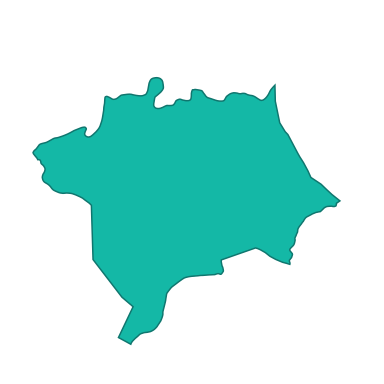 San Antonio del Norte, La Paz, Honduras (Natural Earth projection), rotated 249°
{"feature_id": "27666195B2585232862225", "entity_name": "San Antonio del Norte", "entity_type": "district", "adm_level": 2, "iso_a3": "HND", "parent_name": "Honduras", "parent_adm1": "La Paz", "projection": "natural_earth1", "projection_center": [-87.706, 13.889], "detail": "fine", "context": "isolated", "style": "filled", "palette": "teal", "viewbox_px": 384, "rotation_deg": 249, "n_neighbors": 0, "source": "geoboundaries", "source_scale": "gbopen_adm2", "svg_char_len": 6002}
<svg xmlns="http://www.w3.org/2000/svg" viewBox="0 0 384 384"><g transform="rotate(249 192 192)"><path d="M277.4,59.6L277.2,60.4L276.9,60.9L276.5,61.4L276.1,61.6L275.4,61.7L274.6,61.7L273.4,61.4L272.7,61.4L272.1,61.6L270.4,62.5L269.2,62.9L268.0,63.1L266.7,63.2L266.2,63.1L265.7,62.9L264.6,62.2L263.2,61.0L262.4,59.8L261.7,59.1L260.9,58.4L259.8,57.7L259.1,57.4L257.8,57.2L256.9,57.1L255.9,57.2L255.0,57.4L254.1,57.8L253.1,58.5L252.0,59.4L251.4,59.9L250.3,60.6L249.2,61.2L247.7,61.8L245.5,62.4L243.9,63.1L242.9,63.8L241.4,65.2L239.3,67.4L238.3,68.7L237.6,70.0L237.0,71.1L236.7,72.1L236.0,74.6L235.5,75.7L234.7,77.4L234.1,78.5L233.4,79.6L232.3,80.9L231.0,82.4L227.8,85.6L226.1,87.1L225.4,87.7L223.0,89.1L218.7,91.9L217.1,92.7L215.6,93.3L164.4,75.4L118.9,88.9L106.0,95.9L82.5,71.2L71.8,80.3L72.6,81.0L73.4,82.0L73.8,82.6L74.2,83.3L74.9,84.8L75.7,86.6L76.7,89.5L77.6,91.6L77.9,92.5L78.0,93.1L78.0,94.2L77.9,96.4L77.8,97.2L77.1,99.8L76.8,101.7L76.6,102.8L76.6,103.8L76.8,105.7L77.2,107.4L77.8,109.0L78.8,111.0L80.4,113.2L82.9,116.7L85.0,118.6L86.3,119.7L87.3,120.4L87.9,120.8L88.6,121.1L90.2,121.7L91.1,122.2L95.2,125.1L99.1,127.8L100.2,128.5L101.7,129.3L105.8,131.7L106.5,132.3L107.1,133.2L107.9,134.4L109.9,137.8L110.4,138.8L110.8,140.0L113.0,147.5L114.1,151.7L114.5,153.8L114.5,154.5L114.5,155.5L114.4,156.4L114.1,158.6L113.5,161.2L112.4,165.0L111.6,167.8L111.2,169.5L111.0,170.2L110.2,172.5L108.5,178.2L106.8,183.4L106.7,184.0L106.7,185.8L106.5,186.9L106.3,187.4L106.0,187.9L105.1,188.9L104.9,189.3L104.9,189.7L104.9,190.0L105.1,190.4L105.8,191.5L106.6,192.6L106.9,192.9L107.3,193.1L108.2,193.3L109.3,193.5L110.7,193.7L112.6,193.6L116.3,194.3L117.0,194.5L118.1,195.1L117.0,231.3L115.6,233.1L113.5,235.2L109.2,238.7L104.1,241.7L99.3,245.8L98.4,246.7L93.9,251.4L91.6,254.6L89.4,257.4L89.8,257.7L90.6,258.0L91.4,258.1L92.4,258.1L92.8,258.2L93.4,258.5L93.6,258.8L95.1,261.4L97.2,263.1L97.7,263.4L98.1,263.5L98.7,263.5L102.2,262.4L102.8,262.4L103.0,262.5L103.3,262.7L103.7,263.2L104.3,264.1L104.6,264.8L105.4,266.6L105.8,267.5L106.2,268.0L106.6,268.5L107.6,269.4L109.4,270.6L110.3,271.1L110.8,271.2L111.5,271.3L112.1,271.6L112.7,272.1L114.0,273.5L115.3,274.6L116.7,276.1L117.6,276.6L118.9,277.2L120.0,278.1L121.3,279.8L123.3,283.1L124.2,284.3L124.6,285.3L125.5,286.3L126.8,288.1L127.3,289.1L127.6,290.1L128.2,295.2L128.4,296.4L128.5,300.4L128.2,302.1L128.0,303.6L127.9,304.0L127.7,304.3L127.7,304.6L128.1,305.9L129.7,309.5L130.0,310.7L130.1,311.8L130.1,312.6L129.9,313.6L129.3,315.6L128.7,317.3L128.0,318.3L127.5,319.4L127.4,320.1L127.4,321.0L127.5,321.5L129.4,322.8L129.7,322.8L129.8,323.1L130.2,324.9L130.7,326.9L139.6,321.7L145.3,318.9L153.0,315.3L163.0,308.2L170.1,307.8L179.5,306.6L186.3,305.2L190.4,304.6L211.3,302.1L214.9,300.6L225.2,298.7L246.9,302.3L262.0,307.7L261.3,306.2L260.6,304.8L259.2,302.3L258.2,301.0L255.8,298.4L254.8,297.0L254.0,295.8L253.2,294.2L252.7,292.8L252.4,291.5L252.4,290.9L252.5,290.4L252.6,289.8L252.8,289.3L253.0,289.0L253.4,288.6L255.0,287.3L258.1,285.1L258.9,284.4L259.8,283.5L260.5,282.6L261.6,280.6L262.9,278.8L263.4,278.3L264.3,277.5L264.8,277.0L265.4,276.0L265.9,274.8L266.1,273.9L266.3,272.6L266.6,271.9L266.9,271.2L268.2,269.5L269.1,267.8L269.5,266.9L269.8,266.0L269.9,265.1L270.0,264.2L270.0,263.3L269.9,262.2L269.2,259.6L268.9,258.7L268.8,258.4L268.0,257.4L266.5,255.6L266.1,255.0L265.9,254.3L265.9,253.6L266.2,252.3L266.8,250.8L267.5,249.4L268.3,248.1L269.6,246.4L272.6,242.8L274.0,241.0L274.4,240.5L274.9,240.1L275.6,239.7L276.7,239.2L278.4,238.8L280.3,238.2L282.2,237.8L282.7,237.6L283.1,237.4L283.6,236.7L284.3,235.7L286.4,232.1L286.7,231.4L286.8,230.2L287.0,229.8L287.1,229.5L287.2,229.2L287.1,228.9L286.7,228.5L285.9,227.8L284.4,226.8L281.7,225.7L279.8,224.7L279.3,224.3L278.9,223.8L278.6,223.3L278.5,222.7L278.5,222.0L278.6,221.3L279.0,220.2L279.4,219.1L280.1,218.0L281.3,216.1L282.3,215.0L282.8,214.3L283.1,213.7L283.2,212.9L283.2,212.2L283.2,211.4L283.1,210.5L282.9,209.8L282.4,209.1L281.3,208.0L280.6,207.0L280.1,206.1L280.0,205.6L279.9,205.1L280.0,204.4L280.2,203.6L280.8,201.8L281.6,200.0L281.8,199.4L281.8,199.0L281.8,198.0L281.5,194.9L281.5,192.9L281.6,192.2L281.7,191.4L281.9,190.8L282.1,190.1L282.9,188.8L283.2,188.3L283.5,188.0L284.8,187.4L285.4,187.3L286.0,187.2L286.9,187.4L288.3,188.0L293.0,190.8L293.7,191.3L294.1,192.0L294.3,192.6L295.1,195.0L296.4,198.5L297.1,199.8L298.0,201.2L298.8,202.1L299.3,202.5L299.7,202.7L300.5,203.0L302.8,203.6L305.3,204.1L306.5,204.1L307.1,204.0L307.8,203.8L308.5,203.4L309.1,203.1L309.7,202.5L310.3,201.9L310.7,201.2L311.2,200.4L311.5,199.6L311.8,198.7L312.0,197.5L312.2,196.5L312.1,195.5L312.0,194.6L311.6,193.8L311.0,192.9L309.7,191.6L308.9,190.9L305.1,188.6L303.1,187.4L302.5,187.0L301.1,185.7L300.3,184.8L299.8,184.1L299.6,183.2L299.6,181.9L299.6,180.7L299.8,179.7L300.0,178.9L300.6,177.5L301.2,176.3L302.3,174.3L303.8,171.9L304.9,170.4L305.3,169.6L305.7,168.8L306.4,166.6L307.4,162.4L307.7,160.9L307.7,160.4L307.6,159.9L306.4,156.0L306.2,154.9L306.2,153.5L306.5,152.3L306.8,151.5L307.3,150.9L309.8,148.9L311.4,147.3L311.7,146.8L311.9,146.3L311.9,145.8L311.9,145.4L311.7,145.0L311.6,144.8L310.9,144.4L309.3,143.6L306.2,142.2L302.9,140.2L299.7,138.7L293.2,134.9L290.9,133.4L289.9,132.6L287.6,130.7L286.5,129.8L285.5,128.7L284.7,127.7L283.9,126.4L282.6,124.0L281.9,122.3L281.0,120.1L280.6,118.9L280.2,117.5L280.2,116.7L280.2,115.9L280.4,115.1L280.8,114.3L281.5,113.5L282.2,113.0L282.7,112.7L283.3,112.5L284.2,112.5L284.8,112.6L285.4,113.0L286.6,113.9L288.3,115.6L288.7,115.9L289.3,116.0L289.7,115.9L290.1,115.8L290.5,115.6L290.8,115.3L291.0,115.0L291.2,114.6L291.5,113.3L291.7,111.8L291.6,104.0L291.5,103.3L291.2,101.2L290.9,98.9L290.7,96.6L290.6,93.9L290.6,90.9L290.8,86.7L291.0,85.3L291.4,83.7L291.5,82.8L291.5,81.7L291.3,80.3L290.7,76.2L290.5,74.0L290.6,72.5L291.0,69.5L291.1,67.9L291.0,67.0L290.7,66.1L289.7,64.6L288.2,62.2L287.9,61.6L287.4,60.1L287.0,59.2L286.3,58.3L285.9,57.8L285.4,57.7L284.5,57.7L282.4,58.3L279.2,59.4L278.4,59.5L277.4,59.6Z" fill="#14b8a6" stroke="#0f766e" stroke-width="1.5"/></g></svg>